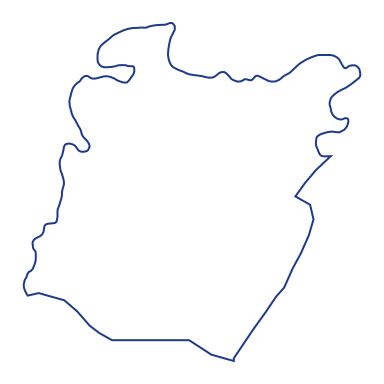 Onsong, Hamgyŏng-bukto, North Korea (orthographic projection)
{"feature_id": "82179303B70197071761439", "entity_name": "Onsong", "entity_type": "district", "adm_level": 2, "iso_a3": "PRK", "parent_name": "North Korea", "parent_adm1": "Hamgyŏng-bukto", "projection": "orthographic", "projection_center": [129.959, 42.885], "detail": "fine", "context": "isolated", "style": "outline", "palette": "blue", "viewbox_px": 384, "rotation_deg": 0, "n_neighbors": 0, "source": "geoboundaries", "source_scale": "gbopen_adm2", "svg_char_len": 5668}
<svg xmlns="http://www.w3.org/2000/svg" viewBox="0 0 384 384"><path d="M233.8,361.0L233.8,358.3L253.4,329.2L266.4,311.1L276.2,296.5L284.1,287.7L292.8,268.2L300.8,253.5L308.8,235.4L313.5,219.4L310.1,204.8L295.4,196.4L305.4,182.5L316.1,169.9L330.7,156.2L324.2,156.4L322.9,156.2L322.0,156.0L321.1,155.5L320.5,155.2L319.6,154.1L318.0,150.5L317.4,148.7L316.7,147.3L316.5,146.5L316.1,145.8L316.0,145.4L315.9,144.2L315.9,142.5L316.3,138.9L316.7,137.3L317.1,136.7L318.8,135.3L321.2,134.0L326.5,132.4L328.2,132.0L331.6,131.6L333.8,131.8L336.2,132.2L339.6,132.3L341.2,131.3L341.8,131.1L344.2,129.8L345.9,127.9L346.4,127.3L347.1,125.9L347.5,124.9L348.3,121.9L348.4,121.3L348.3,120.0L348.1,119.4L347.8,119.0L347.4,118.6L346.7,118.3L346.0,118.1L345.3,118.2L344.5,118.4L342.8,119.1L342.0,119.4L341.3,119.5L339.5,119.4L336.9,118.5L336.3,118.1L334.4,116.7L333.3,115.5L332.8,114.9L332.3,114.0L332.0,113.2L331.6,112.5L331.1,110.9L330.8,109.5L330.7,108.2L330.2,106.8L330.1,106.1L329.9,105.7L329.6,104.5L329.6,104.0L329.7,102.1L330.4,99.7L331.1,97.9L331.7,97.3L331.8,97.0L333.5,95.2L334.7,94.2L336.1,93.1L337.7,91.9L341.8,89.7L346.1,87.6L347.4,86.7L349.5,85.4L353.6,82.3L354.2,81.7L355.1,81.1L357.4,79.3L359.1,77.9L359.6,77.1L360.2,75.7L360.3,73.7L360.1,72.6L359.8,70.9L359.4,69.3L358.9,68.5L358.2,67.5L356.9,66.4L355.7,65.6L355.0,65.4L354.4,65.3L352.3,65.3L350.1,65.7L348.7,66.2L347.5,67.2L346.2,68.0L345.1,68.2L344.6,68.1L344.1,67.8L343.2,66.5L341.8,64.3L341.3,63.2L339.1,59.4L337.3,57.6L335.2,56.4L333.4,55.6L331.5,55.2L329.9,55.0L319.5,55.0L317.6,55.2L315.4,55.8L313.1,56.7L312.5,56.8L305.9,59.7L301.8,62.3L301.3,62.5L298.8,64.3L290.3,72.3L288.8,73.4L287.1,74.2L283.9,76.0L282.8,76.8L281.2,78.3L279.8,79.3L279.1,79.8L276.2,81.2L275.5,81.4L273.7,81.5L272.6,81.5L271.0,81.5L269.8,81.3L268.2,80.8L263.3,78.4L260.1,76.7L258.0,75.9L257.5,75.8L257.0,75.8L256.1,75.9L255.5,76.2L254.8,76.9L254.0,77.9L253.1,78.7L252.4,79.5L252.0,79.9L251.5,80.0L250.5,80.3L249.9,80.2L248.8,80.0L246.9,79.4L245.5,79.2L244.6,79.3L244.1,79.5L242.1,80.8L241.4,81.1L240.7,81.3L238.6,81.6L237.2,81.5L235.1,80.8L233.0,79.9L232.5,79.7L231.4,79.0L230.8,78.3L230.3,77.5L229.1,76.2L227.4,74.4L226.8,73.9L226.2,73.2L224.9,72.4L224.0,72.0L221.5,72.1L219.6,72.8L218.9,73.3L215.5,76.0L214.8,76.5L213.3,77.2L211.9,77.6L211.3,77.7L208.3,77.6L205.0,76.9L201.8,76.1L197.6,75.5L194.7,75.2L192.1,74.8L190.3,74.5L187.5,73.7L186.4,73.3L183.5,71.8L178.4,69.9L174.8,68.1L173.3,67.2L172.8,66.9L171.0,64.9L169.8,62.5L169.5,61.7L168.9,60.2L168.1,56.0L168.0,53.3L168.2,52.0L168.3,49.4L168.7,47.6L168.7,46.8L169.1,44.9L169.1,44.1L169.4,43.3L169.8,41.3L170.5,38.3L171.6,36.1L172.3,34.6L173.3,32.8L173.5,32.2L174.4,30.6L174.7,29.9L174.8,28.4L174.8,27.0L174.7,26.1L174.4,25.5L173.8,24.7L172.7,23.4L172.2,23.2L171.7,23.0L169.8,23.1L165.7,24.6L165.2,24.7L157.8,25.0L154.3,25.4L149.7,26.3L147.3,27.2L146.7,27.5L146.4,27.6L144.7,27.7L140.8,27.5L139.0,27.8L133.6,28.0L131.6,28.2L128.1,28.9L124.1,30.1L121.1,31.4L116.3,33.7L113.7,35.0L112.5,35.9L108.8,39.2L105.5,41.7L102.0,44.6L101.0,45.8L100.5,46.2L99.5,48.0L98.8,49.4L98.6,50.0L97.9,52.9L97.6,54.4L97.6,55.2L97.5,59.3L97.7,61.0L97.9,62.1L98.8,63.8L99.7,65.0L101.6,66.4L102.7,66.9L104.2,67.2L107.0,67.3L108.5,67.1L110.8,67.0L115.6,66.2L118.4,65.3L121.7,65.1L125.3,65.2L125.9,65.3L126.9,65.7L128.1,66.0L129.8,66.1L130.8,66.3L132.2,66.2L133.1,66.4L133.6,66.7L134.1,67.4L134.2,68.3L134.3,70.3L134.3,71.3L133.9,73.0L133.6,73.6L132.4,75.8L131.4,77.0L129.7,79.5L128.4,81.1L127.0,82.4L125.8,82.6L125.0,82.6L123.2,82.4L121.9,82.1L120.0,81.4L117.3,80.4L116.2,79.7L114.9,78.8L113.5,78.1L112.8,77.9L110.1,76.8L108.6,76.5L106.4,76.2L104.0,76.4L102.8,76.6L101.9,77.0L100.8,77.1L98.3,77.9L95.6,78.5L93.6,78.6L92.1,78.5L91.1,78.2L90.4,77.8L89.7,77.3L88.8,76.7L88.2,76.2L87.5,76.0L86.5,76.0L85.7,76.0L84.9,76.2L84.3,76.4L83.3,77.0L82.3,78.0L81.5,78.7L79.9,81.1L79.3,81.7L78.5,82.1L77.0,83.2L74.9,85.2L73.7,87.0L72.8,88.4L71.8,91.3L71.5,92.3L71.0,94.2L70.7,95.1L70.6,96.2L69.9,98.2L69.4,101.1L69.4,102.0L69.8,105.8L70.3,107.6L70.6,109.2L70.9,110.0L71.4,111.7L71.5,112.6L71.7,113.4L73.1,116.8L73.3,117.1L74.5,119.1L75.2,120.0L78.0,125.4L80.2,129.0L81.0,131.0L81.5,133.2L82.3,135.4L82.7,136.0L83.3,136.9L84.8,138.5L86.7,140.5L88.0,142.2L88.9,143.7L89.4,145.3L89.6,146.1L89.4,147.4L89.1,148.0L88.7,148.7L88.2,149.8L87.7,150.4L87.2,150.8L85.7,151.4L84.0,151.7L81.8,151.8L79.6,151.1L79.0,150.7L78.5,150.3L77.4,149.0L76.1,146.9L75.0,145.8L74.5,145.3L73.8,144.9L71.8,144.1L70.9,143.8L69.4,143.6L68.6,143.6L67.1,143.8L66.5,143.9L65.4,144.5L64.7,145.3L64.4,145.9L63.9,147.1L63.8,147.8L63.4,150.2L62.4,154.4L61.9,155.9L60.8,157.9L60.0,160.3L59.7,162.2L59.7,164.4L60.2,168.5L60.5,170.2L61.2,172.3L61.9,173.9L63.2,178.3L63.6,180.3L63.8,181.0L63.9,182.0L63.9,182.9L63.9,184.4L63.7,185.3L62.8,188.2L61.9,192.2L62.0,193.9L61.9,195.2L61.7,196.9L61.1,199.3L60.7,200.4L59.8,203.6L58.4,207.6L57.9,208.7L57.6,210.1L57.5,211.2L57.5,216.8L56.8,220.7L56.2,221.8L55.8,222.4L55.2,222.8L53.7,223.2L50.1,223.5L47.7,223.8L46.4,224.2L45.9,224.4L45.1,225.2L44.5,226.1L44.2,227.4L43.7,231.0L43.5,231.7L43.3,232.3L42.6,233.6L42.2,234.2L41.1,235.4L39.8,236.3L38.5,237.0L36.9,237.7L35.2,238.7L34.0,239.7L32.8,241.8L32.6,242.6L32.6,243.3L32.9,246.8L33.0,247.6L33.6,249.1L35.3,251.2L35.6,252.0L35.7,252.6L35.8,257.9L35.6,260.7L35.1,262.8L34.8,263.8L33.0,268.4L32.5,269.2L31.1,270.7L30.4,271.2L29.1,271.8L28.6,272.2L28.2,272.7L27.2,274.7L26.5,277.0L26.1,277.8L25.0,279.6L24.7,280.2L24.1,282.8L23.8,283.7L23.7,284.6L24.0,287.8L24.3,288.6L24.9,290.5L25.9,292.5L26.2,293.0L26.5,293.7L27.7,295.6L38.7,293.1L64.3,300.3L77.0,311.2L89.7,325.7L99.2,333.0L112.0,340.2L189.1,340.2L211.4,354.7L233.8,361.0Z" fill="none" stroke="#1e3a8a" stroke-width="2"/></svg>